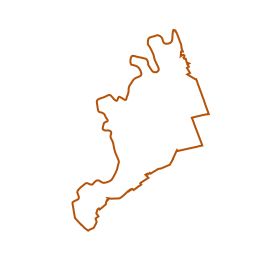 Briseñas, Michoacán, Mexico, rotated 323°
{"feature_id": "50627088B59438418700927", "entity_name": "Briseñas", "entity_type": "district", "adm_level": 2, "iso_a3": "MEX", "parent_name": "Mexico", "parent_adm1": "Michoacán", "projection": "equal_earth", "projection_center": [-102.591, 20.243], "detail": "fine", "context": "isolated", "style": "outline", "palette": "amber", "viewbox_px": 256, "rotation_deg": 323, "n_neighbors": 0, "source": "geoboundaries", "source_scale": "gbopen_adm2", "svg_char_len": 5795}
<svg xmlns="http://www.w3.org/2000/svg" viewBox="0 0 256 256"><g transform="rotate(323 128 128)"><path d="M119.4,87.8L118.9,88.3L118.4,89.0L117.9,89.9L115.7,94.0L114.9,95.6L114.6,96.5L114.5,97.0L114.6,97.5L114.8,98.0L115.0,98.4L115.8,99.3L116.5,100.2L116.8,100.8L117.0,101.4L117.2,102.0L117.4,103.0L117.3,103.4L117.2,104.0L116.8,105.8L116.7,106.6L116.6,108.7L116.5,109.1L116.4,109.5L116.2,109.9L115.7,110.2L115.2,110.2L114.7,110.0L114.2,109.8L113.6,109.7L112.6,109.6L112.1,109.6L111.7,109.7L111.3,109.9L110.6,110.5L109.5,111.3L107.9,112.7L107.5,113.1L107.4,113.3L107.3,113.6L107.2,114.0L107.3,114.6L107.5,115.1L107.8,115.7L108.4,116.3L109.6,117.2L110.2,117.6L110.8,118.1L111.6,119.0L111.9,119.5L112.0,119.9L112.1,120.2L112.1,120.5L112.1,120.9L111.9,121.4L111.7,121.8L111.3,122.1L111.0,122.5L110.6,122.8L110.1,123.1L109.8,123.4L109.4,123.7L109.1,124.1L108.8,124.5L108.6,124.7L108.4,125.2L108.3,125.4L108.2,125.9L108.1,126.7L107.9,127.7L107.7,129.0L107.4,130.1L107.2,130.6L107.0,131.3L106.2,132.9L105.1,135.0L103.9,137.7L103.1,139.9L102.7,141.3L102.3,143.0L101.3,147.0L101.0,148.1L100.6,149.0L100.2,149.7L99.8,150.1L97.8,151.6L95.6,153.4L94.5,154.3L93.4,155.0L92.2,155.7L90.8,156.5L89.4,157.1L86.5,158.5L85.4,158.9L84.2,159.3L83.5,159.5L82.7,159.5L81.8,159.4L80.9,159.3L79.0,158.8L77.2,158.1L75.8,157.3L75.2,156.8L74.7,156.1L74.4,155.5L74.0,154.6L73.8,153.9L73.6,153.2L73.2,152.5L72.5,151.8L72.1,151.5L71.7,151.3L71.2,151.1L70.6,151.0L69.9,151.0L68.9,151.1L68.1,151.2L67.3,151.4L66.5,151.6L66.0,151.6L65.4,151.6L65.0,151.4L64.6,151.1L64.2,150.7L63.9,150.3L63.6,149.8L63.3,149.2L63.0,148.7L62.7,148.2L62.4,147.6L62.0,147.3L61.6,147.0L61.2,146.9L60.8,146.8L60.3,146.7L59.7,146.7L59.0,146.8L56.4,146.9L55.1,146.9L53.4,147.1L51.7,147.4L51.0,147.5L50.4,147.7L49.9,147.9L49.4,148.3L49.1,148.6L48.8,148.8L48.6,149.2L48.3,150.2L47.9,151.6L47.6,152.5L47.3,153.3L47.0,153.8L46.6,154.2L46.2,154.6L45.5,154.9L44.9,154.9L43.7,154.6L40.2,154.0L39.0,154.0L38.0,155.3L35.6,160.1L34.7,161.6L32.6,165.8L31.5,168.0L31.8,171.2L31.9,172.5L32.4,177.3L32.6,177.3L33.2,182.0L34.4,186.0L36.2,186.1L39.0,186.8L40.6,187.1L41.4,186.8L43.0,185.9L44.3,185.4L46.1,184.4L46.5,184.0L46.9,182.9L47.3,181.6L47.6,180.8L49.0,180.8L51.2,180.8L51.3,178.7L51.3,177.1L54.5,174.8L56.0,174.7L56.3,174.7L56.3,176.0L58.5,176.0L63.1,175.7L64.2,175.7L65.3,174.7L66.7,173.5L67.5,173.1L67.5,173.5L69.8,173.1L69.7,171.9L69.9,172.1L72.0,174.3L78.7,179.0L79.0,179.1L81.4,179.3L85.7,179.0L88.1,178.7L90.2,178.5L90.2,179.0L92.6,179.1L92.6,178.5L94.9,179.3L95.1,180.9L97.4,181.0L99.7,181.0L101.2,180.9L102.1,181.1L104.5,181.2L104.4,179.7L104.8,179.4L106.6,179.5L114.3,180.1L113.8,175.9L115.9,176.1L116.1,177.1L118.4,176.9L118.6,178.1L120.8,178.2L125.3,178.7L127.6,178.9L130.0,180.2L139.3,182.5L139.8,182.3L145.5,179.8L145.6,179.4L146.4,179.0L146.7,178.8L146.9,178.8L152.4,175.8L153.8,175.2L153.7,176.2L153.9,176.3L155.9,177.2L162.5,180.2L163.6,180.7L165.4,181.5L172.0,184.6L173.0,184.9L174.9,185.8L176.8,186.7L177.6,184.2L179.5,177.5L180.9,172.8L181.6,170.4L182.2,168.1L184.4,161.1L185.1,158.2L185.9,158.5L194.2,162.1L198.1,163.9L198.7,164.3L200.3,165.3L200.7,165.5L200.8,165.0L201.0,165.1L202.3,160.9L203.4,157.1L203.5,156.8L204.6,153.5L205.4,151.2L206.1,148.7L206.9,146.2L208.5,140.9L209.5,137.6L210.2,135.1L211.1,132.7L211.8,130.0L211.2,129.7L207.6,120.9L210.7,121.3L211.2,115.5L213.5,115.7L213.7,113.0L215.7,113.2L214.5,111.2L214.3,111.1L215.8,107.4L214.6,106.6L214.5,106.1L214.6,105.4L215.0,105.5L216.5,104.4L216.7,104.1L216.4,103.0L215.3,102.7L215.2,102.4L213.3,102.4L213.5,102.2L216.4,98.9L217.8,100.0L218.9,96.1L219.5,95.6L220.8,92.9L221.7,89.4L222.5,87.0L224.2,80.9L224.1,80.4L223.9,79.5L224.5,79.1L224.5,78.6L223.6,77.3L223.3,77.0L222.5,77.6L221.3,78.6L220.5,79.5L219.8,80.2L218.9,81.3L217.7,82.7L216.9,83.7L216.0,84.4L215.2,85.0L214.5,85.3L213.8,85.4L212.8,85.4L211.9,85.1L211.1,84.9L209.8,84.1L209.3,83.8L208.7,83.2L208.3,82.5L208.0,82.0L207.9,81.4L208.0,80.8L208.3,79.5L209.0,77.9L209.1,77.3L209.3,76.4L209.3,75.8L209.2,75.1L209.1,74.5L208.8,73.7L208.3,72.8L207.9,72.3L207.5,71.8L207.0,71.4L206.2,71.1L204.1,70.5L202.1,69.6L200.3,69.0L199.7,68.9L198.7,68.9L198.2,69.0L197.7,69.3L197.1,69.8L196.4,70.4L195.7,71.2L195.2,71.8L194.7,72.4L194.2,73.5L194.1,74.1L194.2,75.1L194.1,76.4L193.9,77.6L193.6,79.6L192.6,84.3L191.9,86.1L191.0,88.1L190.2,90.2L189.8,92.2L189.4,94.3L188.9,96.6L188.6,98.0L188.4,98.7L188.0,99.4L187.6,100.0L186.8,100.4L186.1,100.6L185.0,100.7L184.2,100.4L183.1,99.7L182.6,99.3L181.9,98.1L181.7,97.3L181.6,96.1L181.9,92.1L182.0,91.3L182.1,90.4L182.2,89.6L182.4,89.2L183.1,88.3L183.7,87.1L183.9,86.2L184.1,85.7L184.2,85.0L184.1,84.3L184.0,83.7L183.8,83.3L182.4,81.6L181.9,81.0L181.4,80.4L180.9,79.7L178.8,77.5L178.1,76.6L177.5,75.8L177.0,75.2L176.6,74.5L176.2,74.0L175.7,73.6L175.3,73.3L174.9,73.1L174.5,73.0L174.2,72.9L173.7,73.1L172.0,74.1L171.0,75.0L169.6,76.8L169.2,77.6L168.9,78.5L168.8,78.8L168.8,79.4L169.0,79.7L170.5,81.5L171.4,82.7L172.1,83.9L172.4,84.8L172.7,85.7L172.8,86.6L172.7,87.8L172.6,88.9L172.4,89.9L172.0,91.1L171.7,92.0L171.2,92.9L170.5,93.5L169.8,93.8L169.0,93.8L168.0,93.7L165.2,92.9L164.1,92.7L163.2,92.6L162.4,92.6L161.4,92.8L160.3,93.1L156.3,94.6L155.4,94.8L154.6,95.2L153.8,95.6L153.1,96.1L152.3,96.9L151.4,97.9L150.7,98.8L149.9,99.7L149.1,100.3L147.8,101.3L146.7,101.9L145.8,102.5L145.0,103.1L144.1,103.8L143.5,104.1L143.2,104.2L142.9,104.1L142.3,103.4L142.0,102.7L141.1,100.3L140.5,99.1L140.1,98.2L139.7,97.8L139.2,97.7L138.5,97.9L138.0,98.2L137.0,98.9L136.2,99.3L135.7,99.5L135.3,99.4L134.9,99.0L134.5,98.2L134.3,97.3L134.1,96.2L134.1,94.9L133.9,92.4L133.8,91.6L133.5,91.1L133.2,90.5L132.8,90.3L132.2,90.0L131.5,89.8L128.9,89.3L127.6,89.0L126.6,88.7L125.7,88.4L124.5,88.0L123.2,87.6L122.2,87.3L121.3,87.2L120.7,87.2L120.0,87.4L119.4,87.8Z" fill="none" stroke="#b45309" stroke-width="2"/></g></svg>